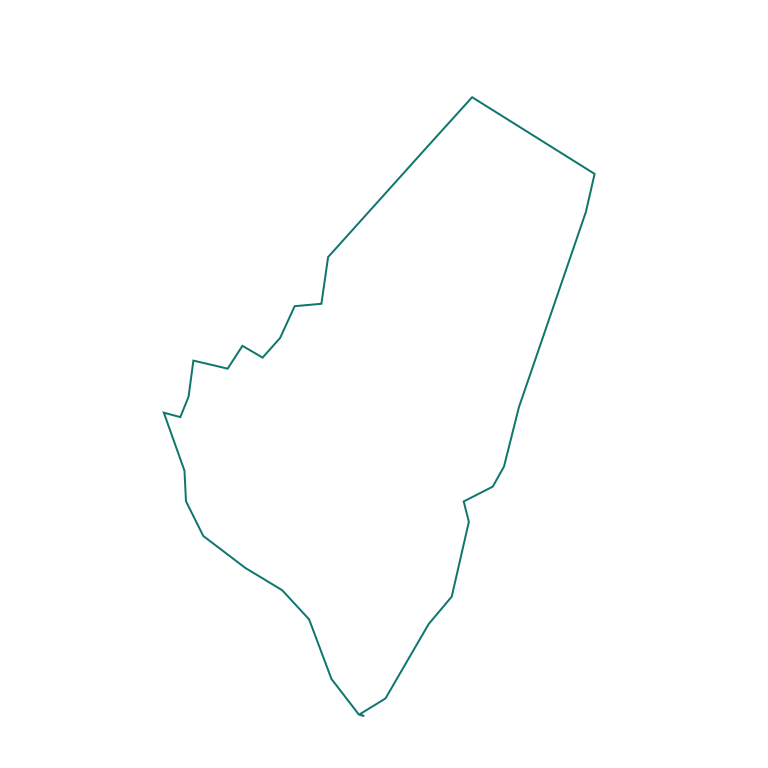 the district of Snyder, Pennsylvania, United States of America, rotated 123°
{"feature_id": "52423323B53636040247578", "entity_name": "Snyder", "entity_type": "district", "adm_level": 2, "iso_a3": "USA", "parent_name": "United States of America", "parent_adm1": "Pennsylvania", "projection": "equal_earth", "projection_center": [-77.0, 40.762], "detail": "fine", "context": "isolated", "style": "outline", "palette": "teal", "viewbox_px": 768, "rotation_deg": 123, "n_neighbors": 0, "source": "geoboundaries", "source_scale": "gbopen_adm2", "svg_char_len": 572}
<svg xmlns="http://www.w3.org/2000/svg" viewBox="0 0 768 768"><g transform="rotate(123 384 384)"><path d="M528.0,553.0L565.4,504.1L590.2,486.2L609.9,452.8L613.8,400.1L612.4,357.1L622.2,318.6L660.0,267.4L674.9,225.1L673.3,219.7L674.0,224.4L646.9,211.5L561.0,215.8L525.4,211.4L453.3,237.8L439.1,253.2L410.8,236.9L387.9,238.4L330.0,258.2L129.7,308.4L93.1,321.8L95.5,466.3L164.6,477.4L308.0,500.0L350.8,480.2L367.4,501.3L402.0,496.2L428.0,500.2L429.1,523.5L456.3,523.5L468.2,556.6L501.1,541.0L522.7,536.8L528.0,553.0Z" fill="none" stroke="#0f766e" stroke-width="2"/></g></svg>